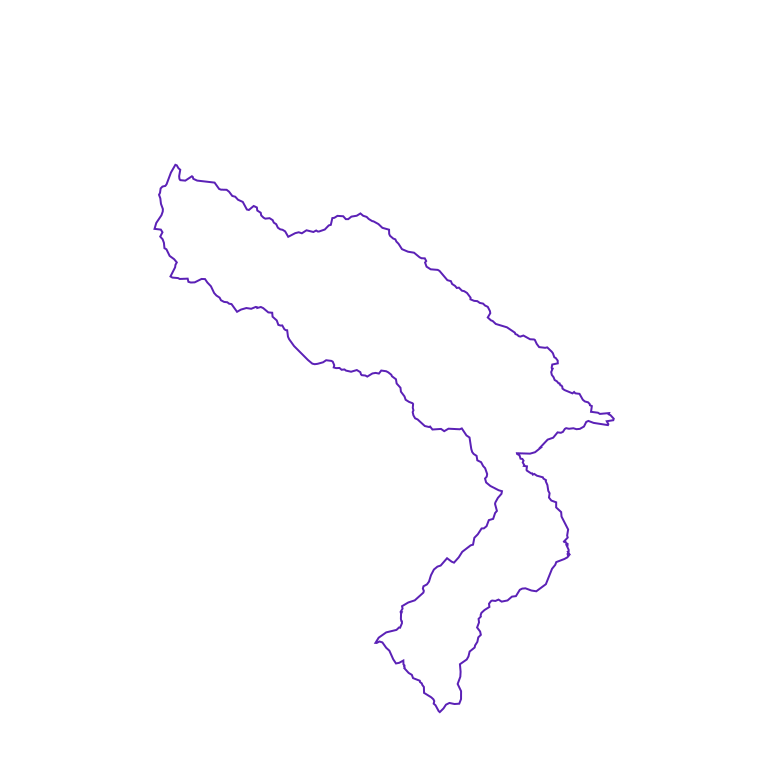 outline of Asau, Bacau, Romania, rotated 323°
{"feature_id": "2599482B80078644800542", "entity_name": "Asau", "entity_type": "district", "adm_level": 2, "iso_a3": "ROU", "parent_name": "Romania", "parent_adm1": "Bacau", "projection": "albers", "projection_center": [26.302, 46.524], "detail": "fine", "context": "isolated", "style": "outline", "palette": "violet", "viewbox_px": 768, "rotation_deg": 323, "n_neighbors": 0, "source": "geoboundaries", "source_scale": "gbopen_adm2", "svg_char_len": 6152}
<svg xmlns="http://www.w3.org/2000/svg" viewBox="0 0 768 768"><g transform="rotate(323 384 384)"><path d="M231.1,679.6L236.3,678.9L240.5,677.4L244.3,678.1L247.7,682.0L251.7,684.6L255.9,682.0L260.7,675.7L262.3,667.9L268.8,663.7L272.0,659.9L276.0,653.5L284.3,653.8L287.5,652.4L291.4,649.2L297.8,649.0L299.4,647.6L303.4,646.1L306.8,643.1L310.4,642.6L311.8,639.5L311.8,634.5L316.4,631.6L318.2,628.5L321.4,628.0L322.1,626.7L324.1,625.4L328.3,625.0L334.0,625.5L335.6,622.7L338.7,621.8L340.0,622.0L342.4,624.3L345.7,625.1L347.0,628.6L352.4,631.2L358.2,630.8L361.7,632.8L368.6,630.1L371.3,630.6L374.0,632.3L377.4,637.6L380.9,641.2L392.8,641.3L407.0,632.7L411.9,631.5L414.4,629.9L422.7,632.3L426.1,632.8L428.5,632.2L428.5,631.2L428.0,631.0L428.3,630.2L429.1,629.8L429.7,630.7L429.9,628.6L430.7,628.8L431.7,627.5L432.9,621.9L433.3,621.6L433.8,622.9L434.4,622.2L433.8,620.8L434.0,618.9L432.9,618.7L432.9,618.1L438.3,617.2L439.1,615.2L443.5,611.0L446.0,596.7L448.4,592.9L447.2,586.2L450.3,582.1L447.5,577.8L447.4,574.0L450.5,570.9L450.9,568.2L453.7,563.0L454.6,559.1L455.5,558.3L454.4,555.5L454.7,554.1L450.9,549.2L449.9,546.3L448.3,545.9L448.6,544.6L447.7,543.9L446.0,539.2L446.1,538.4L448.6,535.8L446.4,533.6L447.2,533.2L447.6,530.1L449.3,529.2L449.4,527.1L448.1,525.8L449.3,522.5L448.2,519.9L448.5,519.3L458.7,527.5L463.6,529.4L470.9,529.2L470.5,528.7L481.2,526.9L486.8,528.7L493.5,527.1L495.9,529.4L498.1,529.9L501.4,528.7L502.9,528.9L504.8,531.1L508.6,533.3L510.5,535.9L513.4,537.7L518.1,538.3L522.7,536.0L525.0,536.5L528.0,541.2L538.1,551.6L539.0,551.1L539.5,547.8L545.3,550.9L546.6,550.0L546.1,545.1L545.2,543.4L546.3,542.7L538.4,537.8L537.6,535.7L532.6,530.8L536.7,526.7L535.7,524.9L536.2,524.1L536.0,521.5L533.9,518.8L533.3,516.2L534.2,509.5L531.2,506.6L531.0,504.8L528.9,504.9L524.5,497.4L523.8,495.1L524.8,493.3L524.8,492.0L524.1,491.2L524.6,489.1L523.8,488.5L523.7,485.9L522.7,483.5L523.5,480.7L523.5,477.7L524.7,475.1L527.8,473.3L527.3,472.9L527.8,471.8L530.1,469.7L535.2,472.1L536.8,469.8L536.8,466.6L536.1,465.2L537.4,461.1L537.4,459.3L536.4,453.0L534.5,452.1L530.1,447.9L530.1,443.9L531.0,439.6L530.6,438.7L527.6,436.2L524.5,429.2L521.5,428.2L520.3,426.8L520.1,425.0L519.0,423.2L519.4,421.7L516.3,412.7L509.4,403.3L508.7,399.1L507.7,397.5L506.9,393.3L511.5,391.4L512.5,389.5L513.3,384.8L511.9,382.1L511.5,379.4L509.3,376.9L508.4,374.0L506.0,371.8L504.0,368.4L505.1,367.1L505.1,361.3L503.9,358.1L502.4,356.4L501.8,352.1L499.9,351.1L499.8,348.5L498.6,345.1L499.3,342.1L497.1,339.2L496.4,327.1L495.6,325.2L490.3,320.5L488.6,315.9L489.9,311.7L491.7,311.2L492.2,308.2L489.7,306.2L488.7,304.3L487.0,297.2L482.8,292.8L479.5,287.1L480.0,280.8L479.6,277.7L480.1,275.3L478.9,273.4L478.0,269.2L478.5,267.2L480.9,263.8L476.7,258.3L475.8,252.9L473.5,247.8L472.6,246.8L471.1,243.0L470.7,240.1L468.6,237.1L467.8,233.6L463.5,233.2L458.7,230.7L454.6,230.8L452.7,229.3L452.4,225.5L448.0,221.7L444.4,221.4L442.6,220.4L437.3,224.9L435.3,224.1L429.7,225.0L423.9,223.1L422.9,222.4L422.2,220.6L419.1,220.1L414.6,214.6L409.1,214.2L407.2,211.5L403.9,210.1L396.1,208.8L396.9,202.6L395.8,199.8L394.2,198.0L393.3,195.3L394.1,191.5L393.1,188.8L393.7,186.1L392.4,182.7L388.7,180.5L387.9,178.7L387.4,175.5L388.6,173.0L387.2,169.2L388.7,166.5L387.0,163.4L380.8,163.7L379.5,162.1L380.8,153.6L378.3,149.0L377.9,144.9L376.0,142.5L376.0,137.2L375.2,134.2L370.8,130.7L369.7,129.0L369.9,121.2L357.2,109.1L355.2,105.4L355.9,103.4L355.6,102.5L347.7,102.0L344.0,98.6L344.1,97.0L345.5,94.7L350.2,90.3L349.7,87.9L350.1,84.7L349.3,83.4L341.1,86.9L330.6,93.6L328.6,94.2L325.9,93.0L323.3,93.4L320.2,96.5L318.2,97.5L317.1,101.1L314.3,105.9L312.7,111.2L311.1,113.1L307.8,115.3L299.1,118.3L294.1,122.0L298.7,126.4L298.4,129.5L294.0,131.6L294.3,135.2L293.2,138.8L290.4,143.4L291.3,145.5L289.9,152.7L291.5,158.0L291.7,162.2L289.2,163.3L287.4,165.1L278.2,169.6L279.0,171.6L283.2,175.4L284.1,177.2L290.6,181.7L289.3,184.7L290.8,186.7L294.0,188.9L301.5,190.3L304.2,192.5L304.0,196.6L304.6,201.8L303.1,209.1L303.4,212.5L304.7,216.1L304.2,219.0L305.7,222.2L308.1,224.5L308.6,226.6L310.3,228.4L310.1,237.9L314.6,238.5L319.8,240.5L323.2,244.0L328.0,245.3L328.8,246.3L328.5,247.0L332.0,248.4L333.2,250.7L334.7,257.2L337.6,259.8L335.5,263.2L336.6,268.7L335.2,273.2L336.6,275.1L338.0,276.0L337.4,280.2L337.9,281.8L339.0,282.8L335.8,288.4L335.2,291.1L335.0,299.6L337.7,319.0L339.0,324.6L340.6,326.5L343.1,327.9L348.4,330.0L352.1,330.2L355.9,333.9L356.5,335.3L355.6,339.0L353.8,340.5L355.3,342.5L358.1,344.4L358.7,347.1L361.2,348.6L361.7,350.4L365.1,354.4L370.7,356.5L372.2,360.3L371.4,362.5L371.6,363.6L374.2,366.0L375.1,368.0L381.1,368.6L384.0,370.1L386.2,372.6L389.9,371.6L393.4,375.1L394.4,377.2L395.4,381.0L395.0,382.6L396.4,387.4L394.4,391.2L394.9,396.9L392.9,400.3L392.9,406.2L391.8,409.6L393.2,413.3L395.2,416.5L395.2,417.5L392.6,420.4L391.7,422.7L390.0,423.7L388.6,426.8L388.2,430.1L389.5,432.5L391.3,442.1L394.2,445.6L395.2,445.7L395.3,449.5L402.5,454.2L403.7,457.9L408.6,458.5L417.2,465.7L419.4,466.3L418.9,474.7L420.1,478.2L414.6,488.4L413.5,491.4L413.5,493.8L414.7,497.1L412.6,501.1L414.5,504.9L413.8,509.2L414.1,512.1L412.2,518.0L410.3,519.8L407.8,520.3L406.3,524.1L407.6,529.5L411.6,537.8L413.7,540.6L411.7,542.4L406.4,543.5L401.7,545.6L400.5,546.6L397.8,553.3L395.1,553.9L390.0,557.4L385.8,555.8L380.3,559.3L376.9,559.4L375.0,558.1L368.4,560.5L363.6,561.2L358.4,565.9L356.1,565.0L345.5,565.1L339.4,567.4L332.4,568.8L331.1,566.6L329.5,561.1L320.0,563.1L316.8,562.0L312.2,562.2L306.4,565.0L301.0,568.9L297.7,569.9L293.8,569.3L291.9,570.8L291.3,573.2L289.9,574.3L278.4,575.3L271.9,573.1L264.7,572.3L263.6,574.6L260.1,576.0L259.9,576.5L260.7,577.0L259.3,577.8L256.1,581.8L255.2,583.8L255.5,584.3L254.3,585.9L250.2,588.3L249.5,587.5L246.0,587.9L236.3,583.7L227.1,583.4L221.4,585.6L222.3,586.4L225.4,586.9L227.2,589.4L227.0,596.0L227.8,600.2L225.7,609.4L225.4,614.4L228.3,615.8L233.0,616.5L230.8,619.7L231.0,621.0L230.2,621.4L230.1,622.6L229.2,623.1L229.8,629.6L231.2,633.0L230.2,636.4L234.0,642.5L233.4,643.7L234.0,645.9L233.5,647.3L233.5,650.0L230.1,654.8L233.2,662.7L233.7,665.6L233.3,667.5L231.3,669.2L231.8,671.5L230.8,678.2L231.1,679.6Z" fill="none" stroke="#5b21b6" stroke-width="2"/></g></svg>